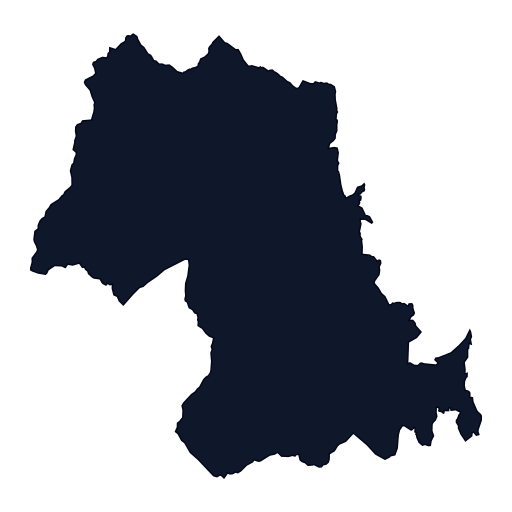 the district of Hoa Vang, Quàng Nam, Vietnam
{"feature_id": "81297802B86432819232797", "entity_name": "Hoa Vang", "entity_type": "district", "adm_level": 2, "iso_a3": "VNM", "parent_name": "Vietnam", "parent_adm1": "Quàng Nam", "projection": "equal_earth", "projection_center": [108.008, 16.067], "detail": "fine", "context": "isolated", "style": "filled", "palette": "ink", "viewbox_px": 512, "rotation_deg": 0, "n_neighbors": 0, "source": "geoboundaries", "source_scale": "gbopen_adm2", "svg_char_len": 5953}
<svg xmlns="http://www.w3.org/2000/svg" viewBox="0 0 512 512"><path d="M411.7,303.7L409.0,304.0L408.3,306.4L404.1,303.6L401.7,303.9L400.6,302.8L399.5,302.5L396.3,302.6L394.1,303.5L392.6,303.1L391.4,304.6L389.0,305.1L384.9,296.7L381.3,293.5L378.2,288.1L374.1,283.4L374.2,281.7L375.0,280.2L378.9,274.7L379.6,270.3L379.1,266.9L380.7,263.3L380.4,260.6L379.2,260.1L377.0,261.1L373.6,256.8L372.1,256.9L369.8,255.2L362.0,254.3L362.2,246.7L361.5,240.6L361.9,239.5L360.0,236.0L360.1,233.2L359.5,233.3L359.2,232.3L360.9,223.8L360.1,221.0L360.4,219.2L365.3,219.2L371.6,223.1L372.5,222.1L369.5,216.8L367.2,215.7L365.4,215.7L362.0,208.2L357.5,205.5L359.3,203.9L359.6,202.5L359.2,200.3L360.6,200.1L361.0,197.9L360.8,196.2L358.7,195.8L358.3,194.4L360.2,193.9L362.2,191.6L364.0,190.9L364.5,189.7L364.0,187.5L364.6,184.9L364.1,183.8L361.8,186.0L357.6,187.3L355.0,193.1L352.2,195.4L350.5,195.7L345.8,198.4L345.1,196.1L343.9,195.3L342.3,191.1L340.8,185.0L339.4,175.2L338.4,171.6L337.6,171.1L337.6,165.5L338.7,163.3L337.3,160.5L338.2,152.8L337.1,148.1L334.1,147.6L328.3,148.5L329.6,143.5L333.4,140.5L335.1,138.2L335.2,134.5L336.8,130.7L336.7,125.1L337.3,121.1L336.9,119.9L336.0,119.6L336.0,118.2L336.4,114.1L337.4,111.9L336.7,110.8L336.8,108.5L335.2,99.7L335.0,94.4L335.5,91.6L334.3,86.8L330.7,84.5L328.5,84.3L326.9,83.1L323.6,83.5L321.0,82.5L319.4,83.1L315.3,81.9L313.5,83.8L310.3,83.7L303.0,80.9L299.2,87.5L298.0,88.4L295.9,88.3L292.6,85.9L289.8,82.7L287.2,81.6L282.3,77.2L279.6,76.0L278.7,74.7L275.6,72.4L274.4,72.1L272.4,70.1L269.9,70.3L268.5,71.2L262.9,67.4L261.6,67.8L260.4,66.9L259.1,67.9L251.9,65.8L248.4,66.4L243.3,60.1L240.7,54.1L238.1,49.6L235.7,49.8L227.1,43.4L224.7,42.8L219.0,36.3L213.0,42.3L212.0,44.3L209.5,47.0L208.8,48.5L209.1,51.2L208.4,53.7L204.8,57.1L200.7,59.0L199.6,62.3L198.5,63.5L198.1,66.1L196.0,67.4L192.1,68.3L191.4,69.2L189.7,69.2L188.0,70.0L185.4,71.9L183.8,72.2L183.2,73.4L177.1,71.7L172.4,67.3L169.3,65.1L165.0,65.4L162.6,64.2L158.9,64.1L156.1,61.2L153.7,60.7L151.3,56.3L150.4,55.2L147.9,54.0L143.9,47.6L140.8,45.1L137.6,39.2L136.9,36.6L133.2,34.1L130.3,36.3L128.6,35.7L127.1,36.0L125.9,37.7L125.6,40.6L124.9,41.7L121.2,43.8L115.7,49.7L109.8,47.8L109.7,52.0L108.2,53.4L107.7,56.6L106.4,58.0L102.5,57.4L97.8,59.4L96.2,61.5L93.5,62.4L92.8,64.4L94.7,68.2L95.8,73.4L93.2,76.1L85.5,80.0L84.5,82.3L85.5,84.6L90.2,90.1L92.1,96.4L94.6,102.0L94.7,103.3L94.1,104.9L94.5,108.1L93.9,112.1L91.5,120.1L82.6,120.9L81.1,123.4L77.4,124.7L75.8,127.0L75.6,131.1L76.4,136.2L74.7,141.0L74.9,142.1L73.2,149.6L75.9,151.9L76.4,153.4L76.1,155.3L74.6,158.5L73.8,163.1L72.0,165.0L70.5,170.9L72.0,177.5L72.1,185.2L70.6,187.1L65.1,191.8L63.7,194.8L62.0,195.9L58.9,199.7L51.1,204.6L49.4,207.6L46.1,211.5L45.0,217.0L42.1,218.6L39.9,221.3L38.3,225.3L38.2,228.9L35.0,231.3L34.0,239.2L34.4,241.5L36.6,245.9L37.7,249.6L37.0,251.7L32.2,258.2L32.3,262.3L30.7,268.1L30.8,270.0L32.7,271.0L38.3,273.0L45.5,274.2L46.7,273.1L48.2,269.8L54.5,265.5L61.8,265.8L65.2,267.5L67.7,264.1L72.6,265.0L79.4,263.0L82.4,267.3L84.7,267.1L85.4,269.1L87.8,271.1L88.6,273.7L92.4,277.1L94.0,278.0L100.0,278.8L102.6,283.2L105.8,285.0L106.6,284.6L107.4,283.0L109.9,284.7L112.5,284.2L112.3,288.2L113.9,294.8L117.4,296.4L119.2,300.8L123.3,304.9L132.7,294.2L139.5,287.4L143.0,286.4L147.5,282.4L156.7,276.1L164.4,269.6L185.0,259.1L188.6,259.4L189.3,265.1L187.9,276.0L185.7,283.5L185.4,290.6L185.8,295.9L185.0,299.1L185.4,300.9L187.3,302.0L189.2,307.7L192.5,309.5L194.7,312.8L197.1,313.7L198.1,317.4L197.7,319.9L198.4,321.8L198.1,325.6L202.4,328.3L205.9,333.1L209.3,336.1L213.7,337.8L212.6,343.3L211.3,346.4L212.2,349.6L211.0,353.0L211.7,361.3L211.0,370.4L210.3,373.0L208.2,376.0L206.0,377.2L203.8,379.5L199.6,387.3L197.6,388.8L195.3,391.9L191.5,394.6L183.6,403.1L182.1,405.8L183.1,410.1L182.8,417.6L179.7,421.5L177.5,423.2L177.4,427.3L175.5,431.6L178.1,433.7L181.7,440.4L184.7,442.6L190.3,452.4L198.1,459.3L213.6,475.7L217.0,476.7L219.5,475.2L221.2,475.2L224.0,477.9L227.5,472.9L230.1,473.9L232.4,473.7L235.4,472.0L237.8,472.7L240.7,470.9L246.5,465.1L252.5,461.9L254.0,459.8L258.5,461.2L260.4,460.9L269.6,455.1L274.4,454.1L277.2,452.5L278.1,452.6L281.5,456.1L288.5,456.4L292.4,455.3L295.0,456.0L295.7,454.8L298.8,454.2L300.2,460.0L302.0,461.5L305.1,462.6L308.1,465.3L312.9,464.9L313.7,464.3L319.1,467.0L321.5,466.8L322.9,464.8L326.1,464.1L328.3,462.1L329.1,459.1L329.2,453.8L334.3,450.8L337.4,445.8L339.4,444.0L345.6,441.3L353.3,433.0L367.1,444.7L375.6,454.0L385.0,459.2L389.6,456.9L390.1,455.9L394.8,454.8L397.2,448.1L398.2,435.0L399.0,431.7L399.5,429.9L402.5,425.5L404.8,425.9L410.9,429.9L411.6,429.9L414.3,427.5L415.2,427.9L415.0,431.9L416.4,432.4L415.9,434.3L416.6,435.0L417.0,437.6L419.1,442.3L422.5,445.2L425.0,444.3L428.3,445.6L430.3,445.4L431.0,440.9L433.5,435.8L431.8,430.9L432.0,424.3L433.0,422.3L435.3,420.0L436.8,416.2L436.0,412.7L436.2,407.3L438.6,407.3L439.3,409.5L438.8,410.7L439.0,411.0L441.5,411.6L443.4,413.1L443.8,412.9L444.2,410.5L448.6,410.6L448.7,408.1L449.1,408.0L450.5,407.9L451.1,410.2L456.6,409.6L457.0,410.4L460.3,411.9L460.5,413.2L459.1,414.8L457.7,418.7L456.5,420.2L456.4,422.2L458.1,425.0L458.6,426.3L458.5,428.1L461.0,434.0L465.5,440.8L471.7,435.9L472.0,432.8L473.9,432.2L476.3,435.2L478.8,434.5L477.9,431.7L478.0,429.6L481.2,420.3L481.3,416.0L480.4,414.4L477.4,411.7L476.3,409.8L472.9,401.9L472.4,397.8L469.4,397.0L469.9,394.4L469.6,392.4L468.4,391.3L465.2,390.3L464.2,385.9L464.4,381.5L465.8,377.8L467.0,376.6L467.1,373.3L465.7,373.8L464.8,373.4L465.0,369.7L464.1,362.2L467.6,357.2L467.6,348.7L468.5,348.5L469.0,343.3L471.2,344.1L470.3,339.4L471.4,336.7L470.6,332.2L469.8,330.3L465.8,338.5L459.0,345.8L451.0,352.9L438.4,357.9L435.9,358.1L435.0,359.8L438.4,363.0L436.1,365.1L424.1,363.9L421.7,363.1L420.3,363.3L418.1,365.6L414.2,365.4L409.9,362.9L407.6,363.7L408.4,342.1L416.5,337.5L421.0,332.0L415.6,325.9L415.0,323.1L412.8,320.4L408.9,320.4L411.1,316.5L413.3,315.1L414.3,313.1L412.7,307.9L412.8,305.5L411.7,303.7Z" fill="#0f172a" stroke="#020617" stroke-width="1.5"/></svg>